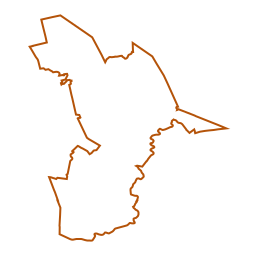 the district of Dudestii Noi, Timis, Romania
{"feature_id": "2599482B49333964022937", "entity_name": "Dudestii Noi", "entity_type": "district", "adm_level": 2, "iso_a3": "ROU", "parent_name": "Romania", "parent_adm1": "Timis", "projection": "natural_earth1", "projection_center": [21.105, 45.83], "detail": "fine", "context": "isolated", "style": "outline", "palette": "amber", "viewbox_px": 256, "rotation_deg": 0, "n_neighbors": 0, "source": "geoboundaries", "source_scale": "gbopen_adm2", "svg_char_len": 5654}
<svg xmlns="http://www.w3.org/2000/svg" viewBox="0 0 256 256"><path d="M135.5,203.4L136.6,202.1L137.0,201.1L137.1,200.9L136.6,200.9L137.0,200.2L137.4,199.3L137.7,198.1L137.8,197.8L137.9,197.3L137.9,196.9L137.6,196.4L137.3,196.1L137.0,195.9L136.7,195.8L136.2,195.8L135.1,195.8L134.0,195.5L132.6,195.0L131.7,194.7L131.1,194.5L131.0,194.3L130.9,194.1L130.8,193.5L130.5,190.1L130.6,188.9L131.0,188.3L132.3,187.1L132.4,186.9L132.7,186.1L132.9,185.5L133.0,184.9L133.1,184.5L133.2,184.3L133.3,184.1L133.8,183.7L134.7,182.8L135.2,182.3L135.5,181.4L136.4,179.4L136.9,178.8L137.1,178.6L138.6,178.4L140.5,179.2L141.1,179.1L141.5,178.9L142.7,177.7L143.2,177.3L143.6,176.8L143.7,176.5L143.7,176.0L143.5,175.4L143.4,174.7L143.3,174.4L141.8,172.7L141.3,171.6L141.2,171.1L141.1,170.9L140.4,170.2L138.6,168.7L138.0,167.4L137.6,166.9L137.0,166.4L136.3,166.0L137.1,165.7L142.3,166.6L146.4,161.3L146.6,161.3L147.3,160.4L148.2,158.9L151.0,155.4L151.4,155.2L152.5,154.6L153.2,154.2L153.5,153.8L153.6,153.4L153.6,153.0L153.4,152.5L152.9,152.0L152.5,151.6L150.6,150.4L150.5,150.1L150.5,149.8L150.6,149.6L150.8,149.3L151.3,148.9L151.8,148.6L153.4,147.9L154.1,147.5L154.3,147.2L154.1,146.6L153.8,146.3L151.9,145.4L151.3,145.0L150.7,144.5L150.4,144.0L150.4,143.7L150.6,143.3L152.3,142.9L152.6,142.7L153.0,142.2L153.3,141.7L153.5,141.3L153.6,140.8L153.3,140.3L153.0,139.9L152.7,139.6L151.1,138.9L150.8,138.7L150.6,138.4L150.6,137.8L151.8,136.2L152.1,135.9L152.5,135.6L154.9,134.9L156.1,134.7L157.5,134.7L158.6,134.6L159.5,134.3L159.8,134.1L160.0,133.7L159.7,133.0L159.3,132.6L158.4,131.8L158.1,131.4L158.0,131.0L158.1,130.5L159.6,128.9L159.9,128.8L160.3,128.9L161.9,129.7L162.4,129.9L162.7,130.0L163.3,129.9L165.2,129.4L165.7,129.2L167.8,128.3L170.1,127.2L171.8,126.8L172.2,126.6L172.6,126.2L172.8,125.6L172.8,125.4L172.7,125.1L171.5,124.1L171.3,123.7L171.2,123.3L171.3,123.0L171.6,122.6L171.8,122.3L171.9,121.9L171.8,121.2L172.1,120.7L173.6,119.5L174.0,119.8L175.0,120.0L175.5,120.2L176.1,120.5L176.6,121.0L177.1,121.7L178.1,122.6L178.6,122.8L180.4,123.1L181.0,123.3L181.9,123.9L182.5,124.5L186.3,129.5L186.3,129.8L187.1,130.5L189.5,132.9L194.2,129.4L194.8,131.1L195.0,132.5L195.2,133.2L200.0,131.7L205.0,130.9L209.3,130.4L213.6,130.0L218.2,129.3L226.3,128.4L218.4,125.1L195.7,116.1L194.8,115.6L193.3,115.0L179.4,109.6L178.5,109.2L178.2,109.2L177.6,109.8L177.3,109.9L177.4,109.7L176.4,108.1L176.3,107.9L176.3,107.5L176.4,107.2L176.6,107.0L178.0,106.7L167.5,83.4L163.8,75.5L156.3,63.2L152.3,56.4L132.7,42.9L132.9,49.2L133.1,52.0L132.9,52.0L132.2,51.7L131.8,52.1L131.7,52.4L131.8,52.7L131.7,53.1L131.3,53.7L130.6,54.1L129.1,54.7L128.7,54.9L128.2,55.6L128.1,56.0L127.6,56.9L127.5,57.4L127.1,57.8L126.7,58.2L126.2,58.5L125.5,58.7L124.9,58.6L124.2,57.9L123.6,57.4L122.7,56.9L122.3,56.5L122.0,55.9L121.4,55.8L119.6,56.1L118.0,56.5L116.6,56.7L115.1,56.6L114.9,56.8L111.8,57.2L109.9,57.0L109.2,57.2L108.0,58.3L107.6,58.6L106.9,59.1L106.5,59.5L105.9,61.0L105.2,62.3L105.1,62.1L101.6,54.9L93.4,39.5L92.2,37.3L60.4,15.4L51.9,17.2L41.3,19.6L43.2,27.4L45.3,35.8L45.9,38.4L46.3,40.3L46.8,42.5L32.6,45.9L32.6,46.1L29.7,46.7L31.9,50.3L35.7,56.8L37.7,59.5L38.3,61.2L40.2,68.7L43.4,68.3L43.6,68.3L45.5,69.8L48.4,69.2L50.0,70.2L50.5,70.6L51.3,70.9L51.6,71.0L53.1,72.3L54.2,72.1L56.2,71.8L57.4,71.9L58.3,72.2L58.9,72.6L59.3,73.0L59.6,73.9L59.6,74.1L59.0,75.7L59.4,75.7L59.5,75.6L63.2,74.9L63.4,75.3L64.2,75.2L64.2,74.2L66.3,73.9L67.1,73.9L67.5,75.3L65.4,79.5L61.6,80.5L62.0,81.6L62.4,81.9L62.4,82.2L62.3,82.6L62.2,82.7L61.0,83.0L60.9,83.1L61.4,84.5L61.5,84.4L62.6,84.0L64.0,83.8L65.2,82.5L66.3,81.5L67.1,80.5L66.8,80.3L66.9,80.2L69.7,79.9L70.0,80.3L70.5,80.4L70.6,80.6L71.5,80.6L71.5,81.1L70.8,81.2L70.7,81.6L70.6,82.2L70.7,83.3L70.9,83.7L70.8,83.9L70.6,84.1L70.2,84.4L69.2,84.9L70.0,88.3L71.3,94.3L72.3,98.3L76.0,114.6L79.3,115.0L80.4,117.6L80.2,117.8L77.8,118.2L77.7,118.3L86.9,137.7L88.6,139.0L99.9,145.6L96.5,150.1L93.9,150.5L93.5,150.8L91.5,153.1L89.6,154.2L87.3,151.1L82.5,148.4L81.3,147.9L78.7,146.3L78.1,146.0L77.7,145.9L74.4,149.1L72.2,151.1L72.2,151.3L72.3,151.4L73.3,151.8L73.5,151.9L73.6,152.1L73.0,152.9L70.7,154.4L70.6,154.7L70.6,155.4L70.7,156.0L71.0,156.6L71.2,156.9L71.8,157.3L72.1,157.7L72.3,158.3L72.3,158.7L72.3,158.9L71.8,159.6L70.5,160.7L70.2,161.2L69.7,163.8L67.7,173.7L67.6,174.0L67.4,174.2L66.6,174.6L66.5,174.8L66.8,175.4L67.2,176.4L66.8,179.0L57.4,177.8L56.2,179.0L54.4,178.4L53.6,178.2L50.9,177.3L49.1,177.1L53.9,189.7L55.0,192.3L57.9,200.5L57.5,200.5L60.4,207.7L60.1,215.1L59.5,225.9L59.6,226.3L59.7,226.9L59.6,234.2L70.1,239.1L71.3,239.5L71.6,239.6L72.9,239.7L74.3,239.4L76.4,239.0L81.0,239.0L81.8,239.1L85.2,240.1L87.1,240.5L91.6,240.6L92.1,240.5L92.6,240.2L93.0,239.6L94.7,237.0L94.9,236.5L95.1,236.0L95.0,235.5L94.5,234.7L94.5,234.3L94.5,234.1L94.7,233.9L95.1,233.6L95.8,233.5L96.4,233.5L97.2,233.7L98.9,234.4L99.5,234.5L100.2,234.7L101.3,234.9L102.3,234.8L102.8,234.7L103.4,234.3L104.1,233.7L104.9,232.6L105.2,232.5L105.8,232.5L108.2,233.3L108.8,233.4L109.0,233.4L112.2,231.7L112.9,231.2L113.9,230.1L114.7,229.0L115.1,228.7L115.5,228.5L115.9,228.4L124.4,226.1L126.9,225.4L127.4,225.1L128.0,224.7L128.4,224.3L129.2,223.5L129.5,223.2L129.8,223.0L130.2,223.0L131.6,223.3L133.0,223.4L134.0,223.3L134.5,223.1L134.7,222.9L134.7,222.7L134.7,222.4L134.5,222.0L134.0,221.3L133.6,220.2L133.6,219.5L133.6,218.8L133.7,218.7L134.1,218.4L135.5,218.0L136.1,217.8L137.3,216.7L137.9,216.1L138.0,215.8L138.3,215.1L138.5,214.3L138.5,213.7L138.5,212.6L138.2,211.6L137.8,211.1L137.2,210.5L135.6,209.7L134.8,208.8L133.8,208.0L133.5,207.7L133.2,207.0L133.1,206.8L134.0,206.3L134.4,205.7L134.7,205.2L135.1,204.2L135.2,203.9L135.5,203.4Z" fill="none" stroke="#b45309" stroke-width="2"/></svg>